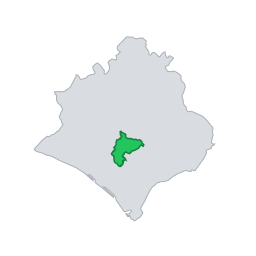 Lacs highlighted on a map of Ivory Coast, rotated 45°
{"feature_id": "CIV-3461", "entity_name": "Lacs", "entity_type": "Department", "adm_level": 1, "iso_a3": "CIV", "parent_name": "Ivory Coast", "parent_adm1": "", "projection": "orthographic", "projection_center": [-5.076, 6.892], "detail": "fine", "context": "in_parent", "style": "filled", "palette": "green", "viewbox_px": 256, "rotation_deg": 45, "n_neighbors": 0, "source": "natural_earth", "source_scale": "10m", "svg_char_len": 6686}
<svg xmlns="http://www.w3.org/2000/svg" viewBox="0 0 256 256"><g transform="rotate(45 128 128)"><path d="M66.7,60.5L67.4,60.5L69.4,59.9L71.2,58.6L72.8,55.9L75.1,53.8L77.6,53.9L78.3,53.5L79.2,53.5L80.2,54.9L81.3,56.0L82.0,56.0L82.6,58.1L87.1,59.0L89.1,59.6L90.7,61.1L91.3,61.1L92.0,60.8L92.5,60.3L92.6,59.7L91.9,58.3L92.2,57.1L93.0,56.0L94.2,56.0L95.9,55.7L98.0,55.7L99.5,55.9L100.1,54.8L99.5,51.7L99.7,50.0L99.9,48.6L100.5,48.0L102.8,49.8L104.8,50.5L106.3,50.5L106.7,50.2L106.1,48.2L106.3,47.6L106.8,47.3L107.8,47.1L110.4,46.3L110.7,46.5L111.2,49.6L110.9,50.6L111.5,52.7L112.2,54.6L112.1,55.4L111.6,56.6L110.9,57.7L111.0,58.2L112.0,58.9L114.0,59.7L116.1,59.9L117.3,58.7L118.5,57.8L119.3,57.0L119.6,55.8L120.9,54.9L124.7,53.8L128.2,53.6L129.0,54.0L130.6,55.7L132.6,56.8L135.6,56.7L137.8,57.4L139.7,58.7L141.0,61.6L142.4,63.7L143.0,66.7L145.2,68.3L146.9,69.0L149.3,71.1L151.7,72.2L154.2,72.0L155.4,73.1L157.3,73.9L159.1,74.0L160.8,71.5L163.0,70.5L168.5,68.5L170.6,67.6L172.8,67.0L178.1,66.8L183.0,67.4L185.5,67.8L187.2,67.5L188.8,68.7L190.4,71.2L191.8,71.9L193.1,72.8L194.2,74.8L195.4,76.7L196.0,77.6L197.5,79.5L198.8,79.5L200.0,78.7L200.6,78.0L200.8,79.3L200.3,81.4L200.5,82.7L201.2,83.1L200.8,84.8L199.3,87.6L199.4,89.2L200.8,89.7L201.8,91.5L202.5,94.5L203.1,95.5L203.2,96.1L204.3,103.4L205.6,110.7L204.8,111.6L203.7,111.9L202.9,112.3L202.7,112.9L203.2,113.9L202.9,114.8L201.5,115.5L198.4,117.8L198.2,118.7L197.4,120.7L196.8,121.9L195.8,124.2L194.2,130.1L193.6,135.0L193.5,136.5L192.9,137.6L192.2,139.1L188.9,143.3L187.2,146.7L187.4,148.2L187.5,149.7L187.0,150.8L187.1,153.7L187.6,156.1L188.2,158.5L190.6,165.2L191.9,169.3L192.7,172.6L193.4,174.8L194.0,175.7L194.3,176.6L197.9,177.2L198.6,177.7L199.6,182.0L199.5,183.9L198.7,184.7L198.8,186.3L198.6,188.3L198.1,189.2L196.1,189.3L194.7,190.0L192.9,189.7L192.7,189.2L191.8,189.1L189.1,187.9L189.5,184.2L188.3,184.0L187.3,184.5L185.4,189.0L184.5,189.8L171.1,187.5L168.2,185.7L164.8,185.2L158.7,185.5L153.7,186.0L152.3,187.2L164.9,186.5L166.2,186.6L166.9,187.3L150.9,188.8L144.8,189.7L143.0,189.4L141.7,188.0L135.0,187.8L133.7,188.3L132.9,189.3L135.5,189.1L139.6,189.1L140.7,189.9L127.8,190.9L118.9,192.9L115.1,194.4L102.7,199.3L95.1,201.6L93.1,202.4L89.6,204.8L85.2,206.3L80.2,209.1L77.1,209.7L76.5,208.8L76.4,204.0L76.0,197.6L76.2,195.2L76.6,192.9L76.6,191.0L78.1,190.3L78.5,189.5L78.7,187.0L80.2,184.7L80.2,180.8L80.6,180.0L81.0,178.9L80.4,176.4L79.6,171.5L79.2,171.2L78.9,171.4L78.1,171.4L75.0,169.7L72.6,169.4L70.9,168.0L70.8,166.4L70.0,165.4L69.4,163.5L68.6,161.3L66.2,160.0L64.0,159.7L62.4,159.9L60.5,159.8L58.4,159.1L57.0,158.2L55.6,156.6L54.3,155.4L53.3,155.5L52.0,155.2L50.8,154.6L50.4,154.2L55.6,149.2L57.3,146.7L57.5,145.2L57.6,143.7L58.1,142.1L58.3,139.7L55.5,131.0L54.8,128.3L54.1,127.5L53.6,127.2L55.0,126.1L57.0,126.4L60.0,127.3L60.7,126.5L63.0,122.1L63.0,120.5L62.8,119.4L64.1,116.4L65.2,115.2L65.8,114.0L65.6,112.3L64.8,111.6L63.7,111.7L62.5,111.3L60.5,110.3L59.6,109.4L59.9,105.5L60.1,104.2L60.8,103.5L61.9,103.4L64.9,103.3L67.3,103.7L69.4,104.0L70.6,104.0L71.5,105.2L72.7,106.4L73.8,106.4L74.2,105.5L74.0,101.6L73.2,99.5L71.6,97.5L67.4,95.8L67.3,93.4L67.8,90.8L68.7,89.9L71.8,88.3L71.3,87.4L70.3,86.5L68.3,85.5L68.8,82.4L68.9,79.7L67.2,80.0L65.5,80.1L64.1,79.3L62.8,77.6L62.7,73.0L62.7,67.7L62.5,65.3L63.0,64.1L64.5,62.9L66.1,61.5L66.7,60.5ZM191.2,189.8L190.5,190.8L187.1,190.2L187.9,189.3L191.2,189.8Z" fill="#d9dde1" stroke="#a8b0b8" stroke-width="1"/><path d="M148.9,152.1L148.2,152.3L148.1,152.5L148.3,152.6L148.3,152.9L148.4,153.0L148.5,153.3L148.4,153.4L148.3,153.5L147.9,153.4L147.8,153.5L147.7,153.6L147.7,154.0L147.6,154.4L147.5,154.6L147.5,155.0L147.8,155.2L148.0,155.2L148.3,155.0L148.7,155.1L148.9,155.3L149.0,155.4L149.2,155.9L149.2,156.1L148.9,156.3L149.0,156.4L149.1,156.5L149.3,156.6L149.3,156.8L149.3,157.0L149.5,157.2L149.8,157.2L149.9,157.3L149.6,157.5L149.9,157.8L150.0,158.0L149.9,158.1L149.9,158.3L149.8,158.7L149.7,158.9L149.6,159.0L149.3,159.6L149.7,159.7L149.8,159.7L149.9,159.8L150.0,159.9L150.1,160.1L150.0,160.3L149.9,160.3L149.3,161.0L148.7,161.3L147.9,161.4L147.1,161.3L146.9,161.2L146.7,161.2L146.4,161.1L146.0,161.0L145.6,161.0L145.4,161.0L143.9,161.5L143.6,161.5L142.9,161.5L142.1,161.3L141.6,161.1L137.7,157.9L137.3,157.8L137.2,157.8L136.8,158.1L136.3,158.0L135.4,158.3L134.9,158.2L134.5,157.7L134.3,157.3L134.3,156.8L134.3,156.1L134.2,156.0L134.1,155.9L134.0,155.7L134.2,155.4L134.3,155.2L134.3,154.9L134.5,154.5L134.4,154.4L134.1,154.4L133.7,154.2L134.0,153.8L134.2,153.4L134.2,153.0L134.4,152.4L134.1,152.1L133.5,151.9L132.1,152.0L131.8,151.8L131.7,151.3L131.7,151.1L131.8,149.8L131.7,149.3L131.4,148.7L131.2,148.1L131.1,147.9L129.9,146.7L129.6,146.4L129.5,145.8L128.8,145.0L128.6,144.5L128.6,144.1L129.1,143.6L129.3,143.2L129.3,142.8L129.5,142.1L129.6,141.9L129.8,141.6L130.1,141.5L130.4,141.3L130.5,141.2L130.5,140.9L130.0,140.8L129.9,140.7L129.7,140.6L129.6,140.4L129.4,140.3L129.3,140.0L129.3,139.8L129.4,139.6L129.5,139.3L129.7,138.6L129.7,138.4L128.9,138.0L128.7,138.0L128.6,137.9L128.3,138.0L128.2,138.0L127.9,138.2L127.7,138.3L127.5,138.2L127.3,138.1L127.1,138.0L126.9,137.8L126.9,137.6L126.9,137.4L126.5,137.1L126.1,136.7L125.9,136.6L125.7,136.6L125.3,136.5L125.2,136.4L125.1,136.1L125.1,135.9L125.3,135.7L125.4,135.3L126.1,135.4L126.6,135.4L129.5,134.6L130.5,134.2L130.9,134.2L131.1,134.3L131.3,134.4L131.4,134.5L131.9,135.3L132.4,135.8L132.5,135.9L132.7,136.0L132.8,136.0L133.0,136.0L133.3,136.0L134.1,135.8L134.7,135.9L134.9,135.8L135.1,135.7L135.6,135.1L135.8,134.9L136.1,134.7L136.3,134.7L136.5,134.7L136.8,134.5L137.0,133.9L137.5,133.4L140.4,132.0L140.6,131.8L140.8,131.6L140.8,131.4L141.0,131.1L141.1,130.9L141.4,130.7L141.5,130.5L141.9,130.3L143.3,129.8L143.6,129.6L143.8,129.4L144.2,128.7L144.6,128.1L144.9,128.0L145.3,127.9L146.8,127.8L147.0,127.8L147.3,127.9L147.6,128.1L148.0,128.5L148.8,128.7L150.9,128.6L151.5,129.8L151.6,130.0L151.6,130.3L150.6,130.3L150.0,130.5L149.7,130.7L149.2,130.9L149.1,131.2L149.1,131.4L149.7,134.7L149.7,135.0L148.4,139.2L148.2,139.7L148.1,139.9L147.3,141.2L147.0,141.5L146.9,141.6L146.9,141.9L147.1,142.5L147.4,143.1L147.3,143.4L147.1,143.8L147.1,144.0L147.3,144.5L147.3,144.9L147.2,145.0L146.9,145.2L144.5,146.3L144.3,146.3L144.2,146.3L144.0,146.2L143.4,146.5L143.3,147.3L143.0,148.3L143.1,148.7L143.2,148.8L143.4,149.0L143.7,149.2L143.8,149.3L143.7,149.4L143.7,149.6L143.6,149.9L143.4,150.2L143.4,150.5L143.5,150.6L143.8,151.0L144.0,151.1L144.3,151.3L144.3,151.5L144.2,151.6L144.1,151.9L144.3,152.1L144.4,152.3L144.5,152.3L144.8,152.3L144.9,152.2L144.9,151.9L145.0,151.9L145.5,151.8L145.7,151.7L145.9,151.6L146.0,151.5L146.3,151.4L146.8,151.5L147.0,151.5L148.9,152.1Z" fill="#22c55e" stroke="#15803d" stroke-width="1.5"/></g></svg>